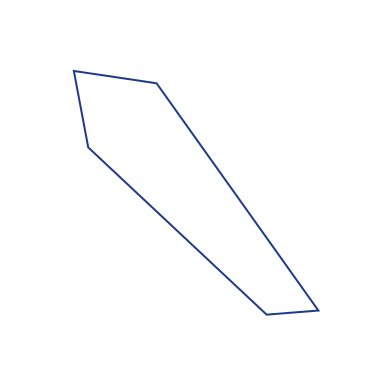 an SVG outline of Anguilla, rotated 253°
{"feature_id": "AIA", "entity_name": "Anguilla", "entity_type": "country or territory", "adm_level": 0, "iso_a3": "AIA", "parent_name": "North America", "parent_adm1": "", "projection": "orthographic", "projection_center": [-63.054, 18.221], "detail": "fine", "context": "isolated", "style": "outline", "palette": "blue", "viewbox_px": 384, "rotation_deg": 253, "n_neighbors": 0, "source": "natural_earth", "source_scale": "50m", "svg_char_len": 236}
<svg xmlns="http://www.w3.org/2000/svg" viewBox="0 0 384 384"><g transform="rotate(253 192 192)"><path d="M306.3,189.9L41.7,278.2L52.9,227.5L265.0,105.8L342.3,114.4L306.3,189.9Z" fill="none" stroke="#1e3a8a" stroke-width="2"/></g></svg>